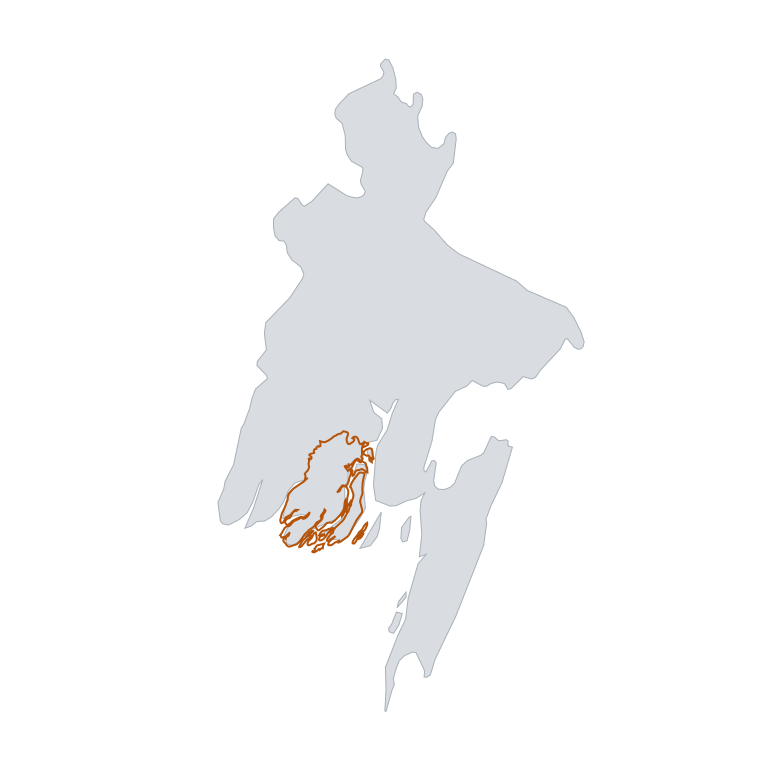 where Barisal sits in Bangladesh, rotated 27°
{"feature_id": "BGD-2475", "entity_name": "Barisal", "entity_type": "Division", "adm_level": 1, "iso_a3": "BGD", "parent_name": "Bangladesh", "parent_adm1": "", "projection": "equal_earth", "projection_center": [90.394, 22.436], "detail": "fine", "context": "in_parent", "style": "outline", "palette": "amber", "viewbox_px": 768, "rotation_deg": 27, "n_neighbors": 0, "source": "natural_earth", "source_scale": "10m", "svg_char_len": 9843}
<svg xmlns="http://www.w3.org/2000/svg" viewBox="0 0 768 768"><g transform="rotate(27 384 384)"><path d="M286.6,542.6L286.6,524.2L276.9,488.1L277.4,484.1L275.4,466.7L273.0,457.1L271.8,446.8L277.7,432.1L275.4,429.7L262.4,425.2L260.9,421.4L263.7,406.9L254.4,393.2L250.8,382.9L260.9,349.9L263.5,327.0L262.8,322.6L256.7,317.4L246.0,315.4L238.4,311.1L234.0,304.6L230.2,302.0L225.5,303.9L219.6,301.4L214.7,295.0L210.6,287.1L212.2,278.6L220.2,258.4L223.1,257.8L229.9,261.7L232.4,261.7L236.9,253.7L243.3,231.0L265.0,233.0L270.2,232.2L275.7,230.4L278.7,227.6L280.3,223.9L279.8,220.8L273.1,216.5L270.5,213.3L268.7,204.2L266.8,200.8L253.7,200.3L246.9,196.2L243.2,192.4L236.6,180.1L228.4,170.9L220.6,168.8L217.6,165.8L216.0,161.1L217.0,154.3L221.0,141.3L242.7,113.2L243.3,110.1L242.5,106.5L236.2,102.0L235.8,99.8L237.6,93.9L241.2,93.1L248.6,98.5L256.1,107.1L260.6,114.8L260.7,120.9L266.6,122.2L271.5,124.9L276.6,124.0L279.9,125.6L282.1,125.0L282.9,121.5L278.7,112.6L280.8,109.0L285.8,109.1L289.3,112.5L291.9,119.3L292.3,129.8L298.1,139.4L305.8,146.2L311.7,149.4L319.0,151.6L325.2,149.5L328.3,142.8L326.9,136.8L327.9,131.5L330.4,128.5L334.2,128.7L337.1,132.9L345.5,155.8L343.7,166.0L345.6,193.9L343.4,212.3L344.7,219.3L346.1,220.6L358.9,224.0L377.3,231.4L391.4,234.1L455.2,232.1L469.1,235.6L511.7,232.9L523.3,238.8L536.0,248.3L543.1,255.5L544.4,259.5L543.7,263.0L541.3,264.9L536.9,265.0L526.9,260.4L525.2,261.7L525.1,272.8L517.1,300.6L516.0,309.2L513.2,312.6L504.7,314.3L499.2,330.5L496.9,332.6L491.4,329.0L487.9,329.6L483.6,331.1L479.3,334.8L476.3,339.5L473.0,341.1L461.0,340.8L458.7,348.3L450.9,358.2L445.6,384.3L446.0,392.3L452.7,413.2L457.4,440.4L459.1,443.1L461.4,443.4L461.5,430.9L463.7,429.3L466.4,430.7L472.1,447.5L475.3,451.8L480.3,453.0L486.0,450.4L490.2,445.5L491.9,440.2L490.3,421.9L493.0,414.5L502.7,403.4L504.1,400.0L503.4,381.8L507.0,381.2L512.0,382.6L518.2,378.2L520.1,378.2L522.7,382.8L527.1,382.0L533.9,418.2L534.6,443.9L536.2,458.1L538.6,461.3L546.1,482.7L553.4,558.1L554.5,606.1L557.4,622.4L555.0,626.1L552.7,626.8L550.4,621.1L534.6,608.9L530.7,610.1L525.4,617.2L523.2,623.8L524.2,633.0L526.0,642.1L529.7,647.3L530.1,653.1L534.4,674.7L533.2,674.9L524.5,655.2L513.9,635.8L510.4,601.1L510.1,584.0L502.8,563.9L496.0,528.9L498.9,516.6L493.9,521.9L486.0,500.9L473.6,480.4L470.0,471.4L469.8,462.5L464.5,471.4L457.3,477.7L450.0,487.0L445.1,489.9L429.6,491.6L420.6,479.0L407.8,448.3L406.1,441.4L407.7,423.4L404.7,406.3L403.8,391.3L401.5,392.6L400.6,396.8L401.1,403.1L400.2,408.4L378.6,404.9L387.8,413.9L397.7,416.0L402.8,424.0L403.2,437.4L393.4,445.5L394.3,452.2L399.9,460.5L393.1,462.8L391.3,468.3L391.1,476.0L395.9,487.8L395.1,492.5L403.2,507.9L404.8,515.4L402.8,525.9L385.1,547.2L380.0,562.2L375.7,569.3L370.2,570.6L363.6,563.5L363.5,556.1L364.9,550.3L374.1,536.2L369.1,538.1L354.8,549.7L352.1,540.3L350.3,531.5L350.3,520.8L357.2,504.8L349.4,512.8L347.2,522.8L348.1,534.5L347.1,542.8L344.0,553.7L339.9,560.2L333.1,564.4L330.1,570.9L325.6,575.6L324.1,553.7L319.3,524.1L318.2,530.5L320.7,548.8L320.5,560.7L316.8,570.2L309.4,580.3L303.7,581.8L300.3,580.2L289.8,564.9L288.9,550.5L286.6,542.6ZM417.0,543.0L403.9,546.6L397.2,545.4L409.6,518.9L409.2,507.0L407.3,497.3L400.9,489.5L400.6,484.0L397.7,476.4L396.2,467.5L403.3,464.7L409.0,469.8L411.0,479.8L413.9,487.4L423.8,503.0L423.6,512.5L420.9,535.8L417.0,543.0ZM445.2,534.3L437.2,541.4L439.7,499.4L445.7,515.0L447.2,523.4L445.2,534.3ZM475.7,513.3L472.3,516.3L469.0,513.7L464.8,503.9L466.8,491.4L468.1,489.6L473.2,502.4L475.7,513.3ZM505.7,601.9L501.1,602.4L498.9,599.4L499.9,595.2L498.6,581.6L504.5,580.2L506.6,591.6L505.7,601.9ZM500.5,563.8L497.2,577.4L495.8,571.3L498.1,559.4L500.5,563.8ZM406.7,454.6L408.0,459.0L400.7,453.4L398.7,449.4L402.0,447.3L406.7,454.6Z" fill="#d9dde1" stroke="#a8b0b8" stroke-width="1"/><path d="M392.2,445.9L392.6,448.1L393.6,451.3L395.0,454.3L396.5,456.8L396.7,457.3L396.6,458.4L396.8,459.2L397.6,459.4L398.7,460.7L399.0,461.4L398.6,462.3L397.5,463.0L395.3,462.5L394.2,462.6L392.8,464.9L392.1,468.2L391.2,471.0L389.1,471.6L390.3,473.0L390.0,474.3L389.0,474.8L388.0,473.6L386.4,475.0L387.5,476.0L389.7,476.9L391.1,477.8L391.8,476.0L393.1,476.3L394.4,477.7L395.2,479.2L395.8,483.4L396.7,486.6L397.0,490.2L396.8,490.9L396.0,492.1L395.4,492.5L393.6,492.9L392.9,493.4L392.5,494.9L391.6,500.5L391.6,502.1L391.9,501.0L393.2,499.3L393.0,496.3L393.2,495.2L393.9,493.8L395.1,493.0L396.4,492.7L397.8,493.0L400.5,495.1L401.9,498.0L402.8,501.4L404.1,504.9L402.5,504.1L402.5,506.4L403.1,508.3L404.6,511.9L405.0,513.9L405.0,516.0L404.6,520.2L402.2,527.9L400.4,531.4L398.9,531.9L396.9,533.3L396.1,534.1L395.1,538.0L393.0,542.7L392.3,543.9L391.4,544.3L389.1,543.3L388.0,542.4L387.5,541.6L388.0,539.1L389.8,534.3L390.1,531.9L389.2,529.0L389.1,527.7L389.5,524.5L389.3,523.3L388.0,522.9L388.4,525.0L387.6,529.4L387.8,530.9L389.3,532.2L389.5,533.2L389.4,534.0L388.3,535.8L387.9,537.6L387.2,537.3L387.0,537.5L386.2,542.9L384.5,546.4L383.3,548.2L383.0,550.0L381.6,553.7L380.9,559.4L380.2,563.2L379.6,565.1L378.9,566.5L373.6,571.9L372.2,572.2L370.7,571.9L367.8,570.4L366.5,570.1L365.3,569.2L364.9,567.6L365.4,566.3L366.7,566.6L366.2,565.2L366.6,564.2L367.4,563.3L367.8,562.1L367.4,560.0L367.8,558.9L367.0,560.2L365.7,564.3L365.0,565.2L364.2,565.5L363.3,566.9L362.6,567.3L362.0,567.1L361.0,566.1L360.1,566.0L360.6,563.3L360.8,557.8L361.6,555.5L364.1,553.3L364.7,552.0L365.5,548.0L366.2,546.5L369.3,543.0L370.7,540.6L371.3,540.2L373.0,540.9L374.6,539.6L375.8,537.3L376.3,534.6L376.1,531.9L374.7,536.3L373.8,538.6L372.7,539.6L370.7,539.9L369.5,540.8L365.0,546.9L364.4,547.9L363.8,550.1L362.6,552.7L362.2,553.2L361.1,553.4L360.4,553.2L358.0,552.0L358.4,550.6L358.5,549.1L359.1,547.9L360.9,546.0L361.1,544.4L360.9,541.4L361.5,538.7L362.2,537.8L363.7,536.6L364.2,535.4L362.2,536.3L361.3,538.1L360.1,543.0L357.0,547.5L357.1,552.1L356.9,553.4L355.8,554.6L354.5,554.0L353.3,552.3L351.8,545.8L351.6,538.3L351.0,534.1L350.8,531.6L350.6,530.6L349.2,527.7L348.9,525.3L349.0,524.2L350.8,518.2L357.0,507.0L358.1,503.4L359.1,502.4L356.8,504.5L355.8,501.5L354.3,500.2L354.4,498.8L355.3,495.8L355.3,493.5L354.7,491.4L353.1,489.7L352.2,486.6L350.9,484.9L350.9,484.5L351.3,484.1L352.8,484.4L353.1,483.4L353.0,482.7L352.6,482.0L352.0,481.7L350.1,481.4L349.6,481.1L349.6,480.6L350.3,479.6L352.9,477.3L353.0,476.9L351.8,475.5L351.6,474.2L351.9,473.5L353.0,472.8L353.2,472.4L352.6,471.2L353.2,469.6L353.5,469.3L354.4,469.4L355.5,468.3L354.1,465.3L353.0,464.0L356.9,463.1L358.0,462.4L359.8,460.1L361.7,456.9L363.1,453.5L364.6,451.7L365.2,450.5L366.5,448.9L367.9,448.0L369.2,444.6L372.8,443.7L374.3,444.2L375.0,445.8L375.2,448.4L375.6,450.0L377.1,452.2L379.0,453.6L380.1,453.4L380.9,452.8L381.7,451.1L382.3,450.4L382.9,448.8L382.9,447.1L382.3,446.5L381.1,446.7L380.4,446.6L381.0,444.9L381.9,444.3L383.0,443.7L385.4,444.4L388.2,447.2L390.1,448.4L391.4,447.4L392.2,445.9ZM416.1,499.7L421.3,505.6L422.8,508.0L421.3,517.7L421.4,534.0L420.8,536.6L416.8,544.4L415.5,545.8L414.9,544.3L413.2,546.6L412.5,547.1L410.5,551.3L407.9,552.8L407.2,552.6L406.6,550.4L407.4,547.5L408.9,544.5L409.8,541.6L405.5,549.3L404.3,549.6L403.8,547.6L404.2,544.7L405.0,541.8L406.1,539.6L405.3,537.3L406.0,533.6L409.1,525.1L409.5,523.4L409.7,521.5L409.7,515.5L410.2,513.8L409.6,510.8L409.4,508.8L409.7,507.0L408.9,505.1L408.0,499.0L407.1,496.5L405.9,495.2L401.7,491.4L400.4,491.0L400.1,487.3L400.3,483.8L401.9,475.4L402.4,474.3L403.3,473.6L404.6,473.0L407.3,472.4L408.9,478.9L409.9,481.8L412.3,487.4L413.4,489.2L414.6,491.6L415.2,496.5L416.1,499.7ZM406.9,466.1L409.4,470.3L408.2,470.5L405.7,469.9L402.9,469.7L400.7,472.2L399.5,472.8L398.4,474.2L398.2,476.7L398.6,478.3L397.6,480.0L395.9,477.8L395.5,475.8L394.7,475.2L392.7,474.4L393.3,473.2L393.2,467.7L393.4,465.9L394.0,464.5L395.0,464.0L397.6,464.6L398.8,464.4L399.3,463.0L403.0,462.8L404.0,463.3L405.6,465.3L406.9,466.1ZM408.6,455.7L406.0,455.7L407.6,457.2L408.6,459.2L406.3,458.9L405.6,458.5L405.0,457.7L404.1,455.7L403.5,455.0L402.7,454.7L401.5,455.7L400.6,455.8L397.8,455.7L396.6,453.4L398.1,450.1L400.6,447.6L402.5,447.4L404.1,449.1L406.9,453.4L408.6,455.0L408.6,455.7ZM399.4,545.8L398.9,545.1L395.7,547.5L395.3,548.5L394.8,548.5L394.9,546.1L395.4,543.9L396.3,542.3L398.5,540.9L400.6,538.1L401.5,538.1L403.0,535.9L403.9,535.3L404.6,535.4L403.1,541.6L403.0,540.0L402.5,538.8L401.7,542.3L401.2,546.2L400.5,549.6L398.9,552.0L397.5,552.6L396.7,552.1L396.4,551.0L396.3,549.6L396.7,548.7L399.4,545.8ZM390.6,547.2L394.0,551.7L395.0,554.4L394.2,557.6L392.6,558.8L390.9,561.4L389.6,562.1L388.6,561.5L388.1,560.0L388.0,558.2L389.4,554.5L389.5,552.3L389.4,549.1L389.6,548.2L390.6,547.2ZM403.1,553.4L403.1,555.5L404.1,558.2L402.9,558.6L402.1,560.9L401.5,560.4L401.0,560.4L400.3,562.4L399.1,564.6L397.6,566.1L396.3,566.0L396.3,565.2L398.4,564.5L397.4,562.9L396.8,562.4L397.3,561.7L397.2,560.0L397.7,558.2L403.1,553.4ZM383.3,558.2L385.0,554.4L386.3,552.6L388.0,552.0L387.8,554.2L385.9,558.3L384.1,566.2L383.3,567.3L382.6,567.9L382.3,567.6L382.3,562.9L382.6,560.5L383.3,558.2ZM430.2,529.1L429.0,528.5L429.2,527.0L430.5,523.9L430.7,519.3L431.2,516.9L432.0,515.3L432.5,516.0L433.0,517.5L433.3,521.5L433.0,523.5L430.2,529.1ZM429.4,531.3L429.8,530.6L430.1,530.5L430.5,531.9L430.5,537.4L429.9,539.7L428.4,540.2L427.7,538.7L427.8,535.8L428.9,530.5L429.4,531.3ZM405.0,509.0L404.6,508.6L403.7,508.6L403.5,507.3L403.7,506.7L404.1,506.4L404.6,506.6L406.1,508.3L407.2,510.8L408.0,513.6L408.2,516.0L407.1,513.2L406.6,515.0L407.1,519.0L406.6,520.8L406.2,519.9L406.1,516.6L406.6,516.6L405.0,509.0ZM396.8,443.9L397.3,444.9L397.2,445.7L394.3,449.7L393.7,450.1L392.7,444.6L395.6,444.6L396.8,443.9ZM432.0,533.2L432.0,527.8L432.5,525.8L433.5,526.4L433.6,528.2L433.4,530.4L432.8,532.3L432.0,533.2ZM387.5,547.2L387.0,549.7L384.9,552.8L384.4,554.8L383.9,554.8L385.3,549.7L386.5,547.4L387.5,547.2ZM407.1,509.0L407.6,503.1L408.2,503.4L408.5,504.5L408.6,507.6L407.1,509.0Z" fill="none" stroke="#b45309" stroke-width="2"/></g></svg>